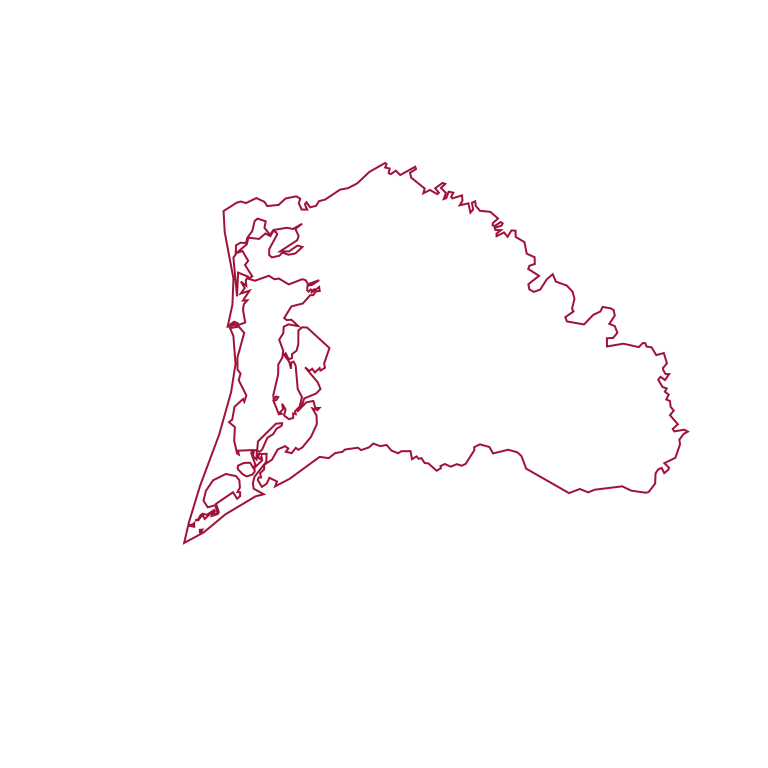 Puerto Lempira, Gracias a Dios, Honduras (Equal Earth projection), rotated 238°
{"feature_id": "27666195B20969327250579", "entity_name": "Puerto Lempira", "entity_type": "district", "adm_level": 2, "iso_a3": "HND", "parent_name": "Honduras", "parent_adm1": "Gracias a Dios", "projection": "equal_earth", "projection_center": [-84.066, 15.172], "detail": "fine", "context": "isolated", "style": "outline", "palette": "rose", "viewbox_px": 768, "rotation_deg": 238, "n_neighbors": 0, "source": "geoboundaries", "source_scale": "gbopen_adm2", "svg_char_len": 6171}
<svg xmlns="http://www.w3.org/2000/svg" viewBox="0 0 768 768"><g transform="rotate(238 384 384)"><path d="M353.6,253.7L356.3,290.8L350.4,297.9L351.3,306.0L348.5,312.7L349.1,316.2L343.8,328.1L340.1,329.5L338.2,337.7L339.2,343.3L333.3,347.9L330.9,353.9L323.7,355.0L317.8,359.2L317.8,363.1L313.0,370.9L305.4,367.9L305.4,373.2L302.2,373.8L301.2,376.5L295.5,376.6L293.1,379.6L282.6,382.6L282.4,387.6L284.5,388.4L283.9,393.2L278.5,396.8L277.4,403.3L273.5,406.6L273.0,411.0L280.0,425.5L282.6,426.9L282.0,433.4L274.7,440.0L267.3,439.7L262.5,454.4L255.4,460.9L250.0,462.4L236.9,459.7L193.4,483.1L191.2,494.4L183.9,499.8L182.7,506.6L171.0,531.8L162.6,537.1L152.9,548.6L152.2,551.3L155.9,561.2L164.4,567.0L166.3,571.5L165.6,575.0L159.9,574.4L160.6,579.6L162.0,581.4L168.3,579.8L167.0,592.0L176.0,603.1L180.3,605.0L182.9,611.8L182.6,616.4L186.1,614.5L190.0,605.0L192.9,605.0L194.1,611.9L206.0,610.0L207.9,615.6L212.8,615.0L218.0,617.5L221.3,615.2L224.1,619.8L228.7,618.1L230.4,621.4L233.9,618.6L242.3,618.8L243.6,622.3L238.5,624.4L241.3,631.0L243.2,628.1L247.6,628.1L249.7,629.1L251.6,634.9L262.0,637.7L264.2,630.2L273.4,630.3L276.6,626.5L280.3,627.2L281.6,624.9L280.2,619.7L291.3,608.4L297.7,593.0L304.7,597.3L301.6,602.7L303.8,609.1L310.9,610.4L315.6,606.9L319.7,616.0L325.1,617.9L328.2,616.2L333.5,610.2L330.8,605.9L331.8,598.3L328.5,585.2L340.1,572.3L344.6,573.1L345.1,583.2L348.2,583.3L355.3,590.7L362.3,592.8L370.6,591.2L379.8,584.0L387.7,585.3L386.5,577.5L381.3,566.5L382.7,559.9L387.2,557.4L392.1,559.3L393.6,572.8L405.1,567.3L407.2,569.9L405.9,575.5L411.7,578.9L418.9,574.1L429.9,578.3L438.9,573.6L444.3,576.8L446.7,573.5L443.4,566.9L448.9,566.1L449.7,557.8L451.9,559.1L452.5,564.7L455.5,560.1L457.8,560.6L456.0,567.6L457.4,569.8L459.5,568.8L459.3,561.8L460.9,560.2L462.8,561.6L463.9,568.4L473.7,565.4L480.0,557.2L486.4,556.2L490.6,558.1L491.1,554.6L484.8,552.1L483.5,548.1L492.5,551.3L495.4,542.9L497.8,547.6L502.6,550.1L505.2,540.3L507.1,540.1L509.5,544.2L512.8,540.7L508.6,535.3L509.2,532.7L513.3,537.8L520.1,536.2L521.2,542.0L523.5,540.2L522.9,531.1L517.1,531.9L516.8,529.8L524.2,525.8L524.9,518.5L528.2,522.1L544.6,516.4L549.4,518.1L549.3,525.1L551.7,525.6L552.6,508.5L558.6,507.1L558.4,500.9L560.5,499.7L563.7,503.0L567.0,499.7L569.2,502.8L570.9,502.0L571.6,483.8L568.3,467.6L569.2,457.2L572.1,449.8L571.6,431.9L573.5,425.7L571.1,420.8L572.9,415.0L579.2,414.6L578.4,412.2L572.6,411.3L575.6,406.6L582.4,407.5L585.6,411.2L589.7,409.0L593.5,398.7L591.7,389.6L596.8,379.2L601.7,379.2L609.3,374.3L610.6,362.8L614.6,359.3L615.8,355.2L615.7,339.6L597.2,329.4L553.0,312.1L531.6,297.5L515.5,281.8L514.2,285.9L516.0,285.4L516.3,289.8L512.1,292.8L515.5,289.2L514.5,286.8L511.3,290.8L509.7,298.9L521.8,303.8L526.0,307.5L527.4,312.4L529.5,308.6L534.4,319.4L536.6,310.4L539.2,316.8L546.7,316.9L540.3,319.3L545.0,321.6L547.2,325.5L555.8,319.3L536.2,305.8L571.0,323.3L572.5,326.9L580.1,332.1L579.8,337.2L576.7,341.8L580.4,345.5L583.5,353.3L590.8,360.7L591.3,364.4L584.6,369.9L579.9,365.4L570.9,366.4L573.2,371.8L568.0,384.3L563.7,389.0L563.3,399.5L562.5,391.0L554.7,390.0L551.9,386.5L551.5,366.2L546.8,373.6L547.2,384.1L543.4,387.4L541.7,377.9L544.3,371.4L549.3,367.6L548.2,363.1L550.8,356.0L554.3,355.0L559.2,358.1L567.4,372.6L569.9,373.0L572.4,371.1L569.6,366.0L574.5,363.2L573.2,355.0L580.0,346.5L575.2,341.7L573.2,328.1L571.8,334.4L560.4,334.1L558.6,329.2L545.1,329.3L545.2,324.8L540.0,329.2L536.8,343.7L530.8,346.7L529.1,350.8L518.9,356.0L516.2,370.2L513.5,372.6L508.9,372.5L506.4,384.1L506.2,375.0L508.1,371.4L504.2,368.5L502.3,369.0L503.0,372.0L501.3,372.6L501.2,375.9L499.9,370.1L500.6,380.4L496.9,378.7L498.6,375.7L496.9,371.0L498.4,368.5L495.3,357.8L498.9,346.6L492.8,334.3L489.7,335.4L487.6,339.5L478.5,342.0L485.2,334.6L485.7,329.4L480.4,325.4L477.1,318.6L465.8,316.2L460.3,311.9L456.6,304.7L448.2,299.3L433.2,284.2L429.6,282.4L430.5,285.9L428.9,287.4L427.4,284.2L428.4,281.4L414.1,278.8L413.0,281.4L415.0,280.6L416.2,285.1L421.2,287.1L414.7,287.1L410.2,282.6L404.6,284.7L403.3,289.0L407.2,291.4L405.2,293.2L408.0,294.1L409.5,300.4L416.4,307.5L425.5,308.2L446.4,318.8L450.9,319.2L451.3,316.7L446.2,313.2L453.1,315.4L462.0,314.7L462.2,316.9L455.4,316.3L454.7,319.6L458.1,321.9L458.6,327.5L463.0,332.3L474.8,339.8L475.4,344.8L472.6,348.7L443.4,356.8L433.1,344.1L429.0,342.5L429.1,337.2L431.6,337.8L430.4,331.5L435.0,331.1L434.6,327.7L440.0,325.9L420.7,328.7L413.4,327.5L411.9,321.5L414.0,308.7L408.5,302.0L406.5,295.7L409.6,308.4L407.1,315.1L400.1,313.1L397.9,316.6L397.1,313.8L401.2,310.4L393.1,310.1L385.6,305.8L377.8,294.0L373.5,281.2L373.6,276.4L376.6,275.4L374.3,269.0L378.6,264.8L380.0,268.7L383.7,267.2L384.8,259.1L379.2,248.9L379.0,239.6L375.1,237.1L374.0,231.6L369.9,230.2L371.2,228.1L369.6,226.1L361.5,225.9L361.6,231.6L365.2,237.1L358.0,241.6L354.9,237.4L353.6,253.7ZM355.1,130.3L353.7,152.5L357.5,180.3L356.8,215.6L354.2,223.6L364.3,218.0L369.4,220.3L373.9,224.9L380.5,243.1L387.0,247.4L391.0,240.8L388.0,238.2L386.1,239.2L387.4,241.6L383.8,240.3L381.6,229.8L378.2,227.9L376.9,224.3L378.5,218.5L382.6,216.2L389.6,214.9L392.1,216.9L391.3,223.3L388.2,228.7L381.9,228.7L383.8,232.2L395.8,234.8L397.5,237.7L404.8,224.9L401.1,223.5L403.0,222.6L415.1,226.8L426.5,234.7L433.8,232.3L434.2,236.4L443.9,245.2L446.0,256.5L443.0,256.1L447.2,261.2L464.2,262.8L468.9,267.9L473.8,267.4L484.2,273.8L501.5,292.6L509.7,291.2L513.0,283.0L504.7,281.8L479.7,268.7L458.4,250.3L428.5,217.5L395.0,173.9L369.3,144.4L368.0,143.7L366.3,146.9L366.7,149.3L363.5,147.4L367.7,142.9L355.1,130.3ZM368.4,151.5L367.8,155.1L370.0,158.9L370.1,161.5L366.9,164.4L367.2,172.4L365.8,173.2L363.4,170.1L362.7,174.4L370.6,176.8L372.8,169.2L380.7,169.1L387.8,176.4L392.9,188.0L391.5,202.2L384.3,209.7L379.0,210.3L372.5,206.9L370.0,202.5L368.5,204.6L365.1,202.5L364.6,198.6L372.2,198.6L371.4,178.0L362.9,176.1L361.8,174.0L363.4,167.8L366.7,171.8L364.6,160.4L369.3,160.7L366.9,154.5L368.4,151.5ZM357.9,150.6L356.7,152.9L354.8,149.6L355.8,149.2L357.9,150.6ZM402.1,246.7L394.6,241.0L392.5,242.5L392.9,245.8L400.2,256.6L400.2,263.4L403.0,269.2L402.9,275.2L404.8,276.8L407.6,271.3L402.1,246.7ZM396.4,238.3L392.2,234.6L387.5,235.9L395.6,241.3L396.4,238.3Z" fill="none" stroke="#9f1239" stroke-width="2"/></g></svg>